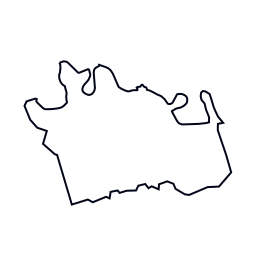 Tensas, Louisiana, United States of America, rotated 253°
{"feature_id": "52423323B9748869428654", "entity_name": "Tensas", "entity_type": "district", "adm_level": 2, "iso_a3": "USA", "parent_name": "United States of America", "parent_adm1": "Louisiana", "projection": "robinson", "projection_center": [-91.232, 31.991], "detail": "fine", "context": "isolated", "style": "outline", "palette": "ink", "viewbox_px": 256, "rotation_deg": 253, "n_neighbors": 0, "source": "geoboundaries", "source_scale": "gbopen_adm2", "svg_char_len": 2365}
<svg xmlns="http://www.w3.org/2000/svg" viewBox="0 0 256 256"><g transform="rotate(253 128 128)"><path d="M203.7,80.3L201.2,79.3L198.9,77.7L196.5,77.0L195.1,76.8L192.1,76.9L189.2,77.8L188.5,78.2L186.2,80.0L185.4,79.7L180.1,79.6L178.6,79.2L176.2,78.1L173.0,77.4L170.7,77.2L169.9,76.7L168.0,73.1L167.4,71.4L167.1,69.3L167.4,65.9L168.2,61.5L169.1,57.9L170.2,54.2L170.9,53.5L172.1,52.4L179.5,48.3L180.5,48.2L181.0,48.4L182.3,49.2L183.2,48.0L183.1,38.8L179.4,35.5L164.4,36.9L154.8,41.3L148.9,49.5L137.7,42.1L124.2,50.4L123.0,52.3L71.2,51.9L71.3,68.7L67.3,72.6L68.6,86.9L66.1,89.8L72.0,92.7L71.3,99.8L68.4,101.0L68.4,108.4L65.9,117.4L69.8,121.0L69.4,128.1L64.5,130.0L65.3,133.6L60.4,139.4L65.1,141.2L65.5,149.9L61.4,155.1L55.9,155.7L48.0,162.9L46.1,166.9L48.2,186.8L45.4,197.9L55.4,213.7L73.4,214.0L99.6,213.2L105.7,215.2L105.1,220.5L112.6,217.4L118.8,216.5L123.7,216.0L124.3,216.1L131.8,216.1L136.6,216.0L140.3,212.8L141.5,210.3L140.4,208.3L137.2,206.8L133.5,206.5L128.9,208.4L124.4,208.1L122.6,208.0L114.6,208.7L109.7,207.1L110.0,203.5L111.3,196.7L115.5,181.1L116.3,179.7L117.7,178.1L119.1,177.4L121.1,176.8L130.9,174.8L131.3,174.9L132.5,179.7L132.2,184.4L132.5,186.2L132.9,187.8L133.8,189.9L134.6,191.2L135.2,191.7L136.3,192.4L138.6,193.2L140.7,193.1L142.7,191.9L144.3,190.1L145.2,188.5L145.9,185.2L145.7,184.6L141.0,179.9L139.3,178.1L138.9,177.4L138.7,176.7L138.6,175.4L139.0,174.0L139.4,173.4L140.0,173.0L144.9,171.4L148.9,168.9L151.3,166.0L156.8,160.5L157.9,159.1L158.6,157.8L159.1,157.3L160.2,157.5L161.3,157.2L161.7,157.0L162.2,156.0L162.7,155.5L164.5,154.8L165.3,154.2L165.2,153.4L164.0,152.1L164.4,148.7L164.1,148.1L162.1,148.4L161.6,148.1L161.5,147.8L162.6,144.0L162.8,141.6L162.7,140.0L163.0,138.8L164.0,137.1L166.3,134.4L168.4,132.3L170.2,131.0L184.4,129.4L188.4,128.2L190.8,126.6L192.6,124.7L196.9,118.8L195.7,118.2L195.4,116.4L194.9,114.5L194.3,113.5L193.2,112.4L191.0,111.4L182.0,109.4L176.0,108.1L174.1,107.1L172.6,105.9L171.8,104.7L171.1,103.4L170.9,102.5L170.9,101.4L171.0,100.5L171.4,99.6L172.8,97.7L174.9,96.1L176.0,95.6L177.7,95.5L179.1,96.0L181.0,97.4L182.3,99.0L185.3,103.9L188.5,106.8L190.0,107.5L194.9,107.8L195.6,107.5L195.9,106.8L195.1,97.6L195.2,96.9L195.6,96.4L199.7,94.2L208.1,89.6L209.3,88.6L210.6,86.0L210.5,83.8L210.4,81.6L210.5,81.6L208.0,81.7L206.1,81.2L204.0,80.5L203.7,80.3Z" fill="none" stroke="#020617" stroke-width="2"/></g></svg>